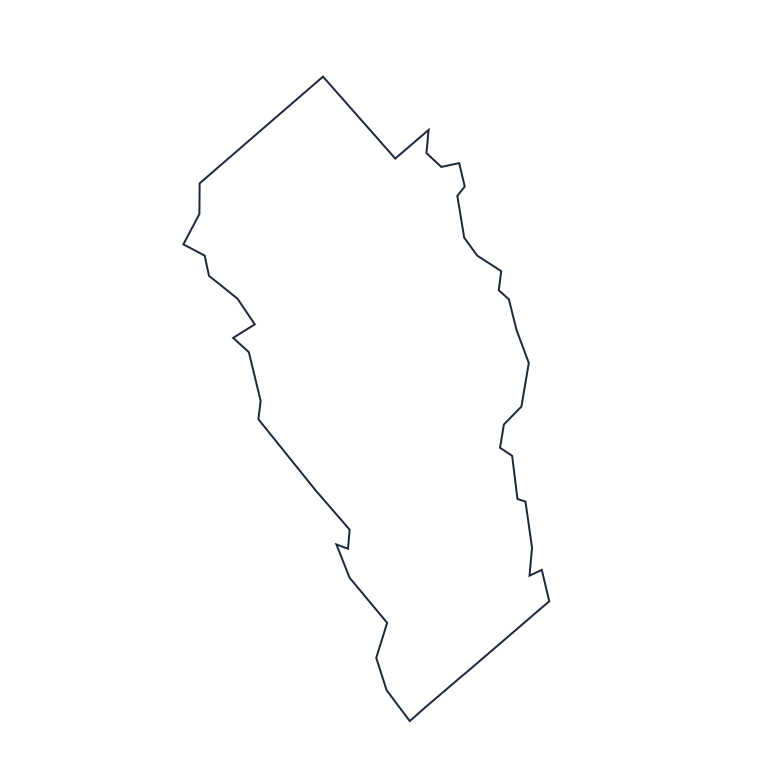 West Carroll, Louisiana, United States of America, rotated 139°
{"feature_id": "52423323B44396431202896", "entity_name": "West Carroll", "entity_type": "district", "adm_level": 2, "iso_a3": "USA", "parent_name": "United States of America", "parent_adm1": "Louisiana", "projection": "orthographic", "projection_center": [-91.444, 32.794], "detail": "fine", "context": "isolated", "style": "outline", "palette": "slate", "viewbox_px": 768, "rotation_deg": 139, "n_neighbors": 0, "source": "geoboundaries", "source_scale": "gbopen_adm2", "svg_char_len": 826}
<svg xmlns="http://www.w3.org/2000/svg" viewBox="0 0 768 768"><g transform="rotate(139 384 384)"><path d="M401.8,111.6L386.9,140.2L399.9,143.9L379.7,163.3L354.4,202.4L358.7,209.7L334.4,245.7L338.3,259.7L320.1,274.8L295.1,276.8L260.9,304.9L248.6,337.7L234.2,366.0L235.9,379.4L221.5,392.3L229.4,419.6L227.5,441.8L205.2,477.9L193.5,480.1L182.3,501.4L198.3,510.2L200.5,530.4L183.6,546.5L227.6,546.8L228.4,656.0L391.5,656.4L411.8,633.4L443.8,621.0L435.1,598.5L445.1,580.5L438.6,544.5L442.4,513.8L467.6,517.8L465.1,496.7L488.1,452.3L501.9,439.8L505.4,348.4L505.5,296.6L519.2,283.3L525.2,294.1L537.1,260.3L538.3,201.7L569.5,182.4L582.9,151.3L585.7,112.7L564.8,112.9L535.1,112.6L523.8,112.5L521.1,112.5L519.6,112.5L516.0,112.4L512.5,112.3L466.2,112.0L412.9,111.7L401.8,111.6Z" fill="none" stroke="#1e293b" stroke-width="2"/></g></svg>